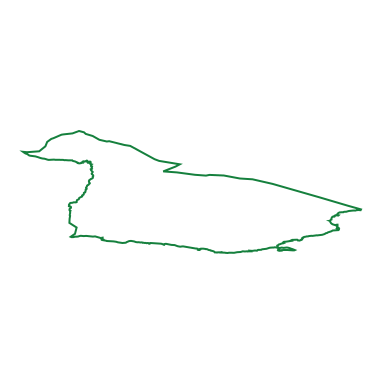 outline of Vadsø nor, Finnmark, Norway
{"feature_id": "86288312B60394141718177", "entity_name": "Vadsø nor", "entity_type": "district", "adm_level": 2, "iso_a3": "NOR", "parent_name": "Norway", "parent_adm1": "Finnmark", "projection": "robinson", "projection_center": [29.594, 70.269], "detail": "fine", "context": "isolated", "style": "outline", "palette": "green", "viewbox_px": 384, "rotation_deg": 0, "n_neighbors": 0, "source": "geoboundaries", "source_scale": "gbopen_adm2", "svg_char_len": 5826}
<svg xmlns="http://www.w3.org/2000/svg" viewBox="0 0 384 384"><path d="M272.6,183.9L252.5,179.3L239.9,178.5L223.8,175.5L209.5,174.9L206.0,175.6L195.0,174.8L176.9,172.4L163.2,171.4L175.5,166.6L179.8,164.3L159.1,160.9L154.6,159.2L130.2,145.9L124.4,145.0L109.2,141.2L106.8,141.5L99.4,139.8L92.7,136.0L85.7,133.9L84.0,132.3L79.0,131.0L72.5,133.4L63.4,134.4L61.5,134.7L53.4,138.2L51.3,138.9L47.2,141.9L45.4,146.3L39.2,151.3L27.0,152.2L23.0,151.8L23.7,152.3L25.0,153.2L25.8,153.6L27.4,154.1L28.9,155.3L30.0,155.7L35.4,156.4L37.8,157.1L40.4,158.0L42.4,158.5L44.4,158.7L45.8,159.1L47.3,159.6L48.6,159.9L54.0,159.6L55.3,159.8L59.5,159.8L61.0,159.9L63.2,159.9L64.4,160.2L65.4,160.1L67.9,160.3L70.1,160.3L71.3,160.4L72.1,160.3L73.0,161.0L74.9,161.4L77.6,162.6L78.0,162.8L77.9,163.1L78.7,163.2L79.0,163.4L80.1,163.3L81.1,163.1L81.2,162.8L82.7,162.7L82.4,162.1L83.3,161.7L83.2,161.4L83.4,161.3L84.7,161.7L85.2,161.2L86.2,161.2L86.4,160.8L86.7,160.6L86.9,160.6L87.3,160.8L87.4,161.2L87.4,162.3L87.9,162.8L88.6,162.8L88.7,162.6L88.5,162.1L89.1,161.7L90.1,161.6L90.5,161.8L90.5,162.0L89.6,162.7L90.7,163.0L90.7,163.5L90.3,163.9L90.4,164.1L91.5,164.4L91.1,164.7L91.3,165.5L91.0,165.8L91.0,166.0L92.1,166.5L91.9,167.4L91.5,168.0L91.9,168.6L90.9,169.2L91.4,169.7L91.1,170.1L91.1,170.3L92.7,172.0L92.3,172.6L92.0,173.3L91.7,173.6L91.8,174.1L93.0,175.1L93.2,175.4L93.2,176.2L92.7,176.8L92.9,177.4L92.9,177.8L91.8,178.7L90.9,179.0L89.2,180.3L89.2,180.7L88.9,181.1L88.9,181.3L89.0,181.7L89.1,182.3L89.3,182.8L89.8,183.1L89.8,183.4L88.7,184.4L88.5,184.8L87.4,185.3L87.1,185.6L87.1,186.0L86.6,187.0L86.1,187.5L86.0,187.9L86.6,188.5L86.7,188.8L85.6,189.8L85.7,190.8L85.3,191.4L85.3,192.1L85.1,192.4L84.3,192.6L83.9,192.9L83.7,194.5L83.4,194.8L82.4,195.2L82.1,195.5L82.3,196.1L82.1,196.5L80.0,197.5L79.2,198.0L78.9,199.0L78.6,199.4L77.5,199.8L77.1,200.0L76.6,201.4L76.7,202.0L75.9,202.4L73.8,202.3L72.3,202.8L70.7,202.9L70.1,203.1L69.7,203.8L69.1,204.4L69.0,204.7L69.3,205.3L68.9,205.9L68.9,206.2L70.7,206.7L70.9,206.9L71.0,207.6L70.9,207.9L69.8,208.7L69.5,209.2L69.5,210.1L70.5,210.8L70.0,211.8L70.2,212.8L69.7,215.2L70.1,215.8L69.6,218.8L69.4,222.9L76.6,227.5L75.0,233.8L70.7,236.8L71.4,237.1L73.4,237.1L75.1,236.7L77.8,236.6L79.7,236.0L80.8,235.8L83.8,236.1L86.1,235.9L92.9,236.6L95.1,236.4L100.3,237.9L101.1,238.5L101.4,239.0L101.5,239.0L101.4,238.7L101.9,237.9L102.1,237.7L102.5,237.7L102.4,238.0L102.1,238.1L102.0,238.6L101.8,239.2L102.1,239.3L101.9,239.2L102.0,239.0L102.2,238.9L103.4,239.4L103.5,239.5L103.4,239.6L103.7,239.9L103.2,240.2L106.0,240.7L106.7,241.0L113.6,241.4L116.3,241.8L117.8,242.3L122.5,243.0L125.8,242.7L126.7,242.1L129.1,241.1L131.0,240.9L134.0,241.4L136.0,242.1L137.7,242.3L138.5,242.2L140.6,242.5L141.6,242.4L142.3,242.5L142.7,242.8L143.2,242.7L144.9,243.0L145.8,242.9L146.6,243.2L147.9,243.0L148.9,243.3L149.1,243.4L148.9,243.5L149.0,243.6L149.2,243.4L149.6,243.4L149.6,243.5L149.8,243.6L150.0,243.5L149.6,243.2L150.6,243.0L161.0,243.7L162.0,243.9L162.2,244.1L163.3,244.4L163.3,244.5L163.9,244.8L164.1,244.8L164.1,244.6L163.6,244.4L164.1,244.1L165.9,243.8L171.4,244.9L174.7,245.1L177.6,246.2L180.2,246.7L182.3,246.4L183.3,246.4L190.8,247.7L190.7,248.1L190.9,247.7L195.6,248.5L196.5,248.5L197.8,248.8L198.1,249.4L197.8,249.3L197.8,249.5L197.2,249.5L197.8,249.6L197.8,249.8L198.5,250.0L198.9,250.0L199.5,250.0L200.3,249.5L200.1,248.9L200.8,248.7L203.5,248.7L205.7,249.0L205.8,249.1L206.8,249.1L208.8,250.0L210.6,250.3L210.8,250.6L213.0,251.1L214.3,251.7L214.8,252.4L216.4,252.4L217.0,252.6L217.8,252.3L220.6,252.3L221.5,252.1L222.8,252.5L222.6,252.6L225.1,252.7L225.3,252.8L227.5,253.0L229.2,252.7L234.1,252.8L237.2,252.2L240.6,252.0L242.8,251.3L244.9,251.5L246.9,251.3L247.7,251.5L248.6,251.3L249.6,251.3L249.3,251.1L250.1,251.0L249.9,250.7L252.2,250.9L255.0,250.5L257.0,250.7L257.4,250.4L257.5,250.2L258.1,249.9L261.2,249.8L262.1,249.3L266.4,248.8L269.5,247.8L271.0,247.6L274.0,247.5L274.4,247.3L275.9,247.4L277.2,247.7L279.2,248.5L279.2,249.3L278.7,249.8L278.1,249.8L278.3,249.9L278.1,249.9L278.3,249.9L278.2,250.1L277.1,249.7L278.0,250.1L278.2,250.5L279.4,250.8L280.7,250.7L280.4,250.4L280.8,250.2L283.9,250.0L287.4,250.0L293.1,250.4L294.5,250.3L294.9,250.1L292.7,249.2L290.5,248.5L289.9,248.2L288.1,247.7L286.8,247.5L283.6,247.9L281.7,247.6L279.8,248.0L279.0,247.9L278.2,247.4L277.7,246.8L277.3,246.0L277.5,245.9L277.4,245.9L277.4,245.5L278.4,245.0L278.8,244.5L279.2,244.4L280.6,244.0L281.1,243.7L282.1,243.4L283.0,243.4L283.5,243.2L282.8,242.9L283.4,242.1L284.0,241.8L285.8,241.7L290.5,241.0L290.3,240.9L291.2,240.7L290.9,240.5L292.1,239.9L297.2,239.7L298.0,240.2L298.0,240.4L299.5,240.6L300.9,240.1L300.8,239.9L301.1,239.7L301.7,239.7L302.2,239.4L302.3,238.9L302.1,238.2L302.6,237.8L303.1,237.8L303.1,237.5L303.4,237.2L304.0,237.1L304.3,236.9L305.7,236.7L306.7,236.4L308.0,236.4L308.8,236.1L311.3,235.8L312.5,235.9L316.7,235.3L317.2,235.4L322.2,234.8L324.7,234.0L325.6,233.3L327.0,233.0L327.9,232.4L331.3,231.3L332.7,230.5L338.4,230.1L338.9,229.6L338.8,229.3L338.9,229.0L337.6,228.9L337.2,228.6L337.5,228.5L337.2,227.9L338.1,227.5L337.6,227.1L337.2,226.7L337.4,226.0L336.5,225.8L336.4,225.3L336.7,225.1L337.5,224.8L337.5,224.7L336.9,224.7L335.1,225.1L332.6,224.3L331.5,223.6L331.0,223.1L330.3,222.0L330.1,221.0L329.6,220.8L330.2,220.7L330.6,219.9L331.5,219.5L331.4,218.6L331.6,218.0L332.4,216.8L333.5,216.4L333.9,216.7L334.5,216.6L334.8,216.3L334.9,215.9L334.7,215.7L334.8,215.6L336.1,215.1L336.7,215.2L336.8,215.2L336.6,215.3L336.9,215.3L337.1,215.5L337.3,215.4L337.5,215.3L338.4,215.5L338.6,215.3L337.9,215.2L337.5,214.9L337.4,214.0L338.5,212.9L340.0,212.3L340.4,212.4L342.0,212.2L343.1,212.3L343.8,211.9L345.1,211.7L346.0,211.8L348.8,211.0L353.4,210.5L355.7,210.5L356.4,210.2L358.8,210.0L359.3,210.1L360.6,210.2L361.0,209.4L347.8,205.7L319.7,197.4L272.6,183.9Z" fill="none" stroke="#15803d" stroke-width="2"/></svg>